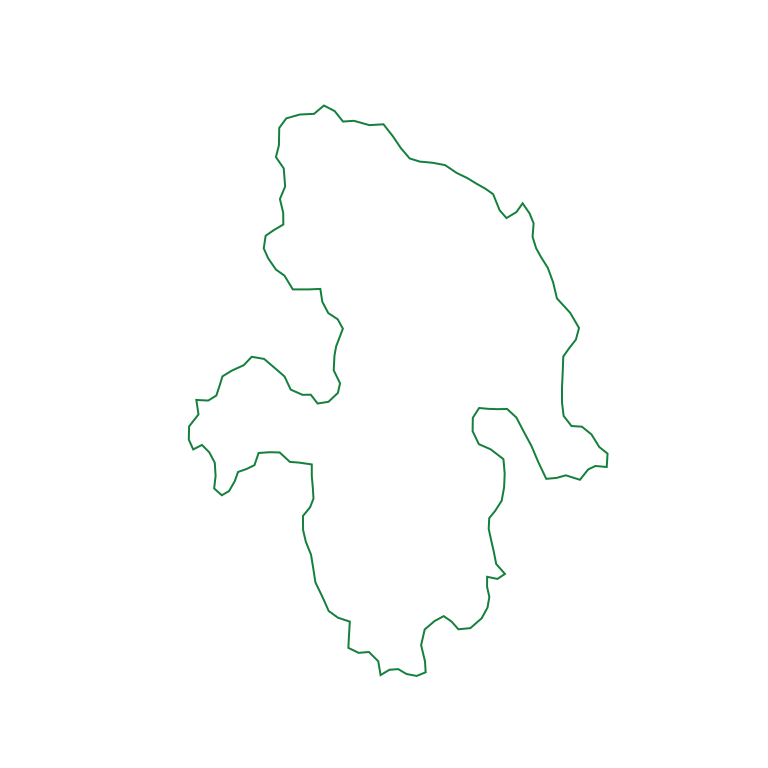 Amparo do Serra, Minas Gerais, Brazil, rotated 158°
{"feature_id": "56859067B23618411337621", "entity_name": "Amparo do Serra", "entity_type": "district", "adm_level": 2, "iso_a3": "BRA", "parent_name": "Brazil", "parent_adm1": "Minas Gerais", "projection": "equal_earth", "projection_center": [-42.798, -20.529], "detail": "fine", "context": "isolated", "style": "outline", "palette": "green", "viewbox_px": 768, "rotation_deg": 158, "n_neighbors": 0, "source": "geoboundaries", "source_scale": "gbopen_adm2", "svg_char_len": 2326}
<svg xmlns="http://www.w3.org/2000/svg" viewBox="0 0 768 768"><g transform="rotate(158 384 384)"><path d="M496.2,115.4L486.0,117.0L477.6,114.3L471.8,106.7L463.1,101.1L453.4,101.1L449.9,111.4L447.4,128.0L438.2,141.2L425.8,145.3L415.6,146.4L410.4,138.5L406.9,128.7L395.4,125.3L381.2,130.2L371.8,137.9L366.1,147.1L364.4,157.4L360.6,166.6L351.9,160.8L343.0,162.6L347.4,175.1L345.0,187.5L343.0,200.0L341.2,210.4L336.7,220.2L328.5,224.7L318.6,231.7L311.3,243.3L305.6,255.9L301.4,269.6L309.6,283.5L318.6,292.7L319.5,307.1L314.3,319.4L304.8,326.1L296.2,321.7L288.0,318.1L279.2,314.7L273.8,303.3L272.3,287.6L270.5,271.4L270.2,254.1L269.1,235.3L259.3,232.3L249.6,231.2L238.2,221.8L226.7,228.3L218.7,228.8L208.6,223.6L202.8,235.7L208.0,244.9L210.5,259.5L216.5,270.3L225.9,274.8L229.4,287.1L225.9,300.1L220.3,314.0L212.7,330.6L207.5,342.3L198.8,347.9L189.4,353.3L182.2,362.9L184.7,380.2L191.6,398.6L189.1,415.0L188.6,430.3L190.8,442.4L192.1,452.9L191.1,464.8L185.1,476.9L185.1,487.5L187.8,499.6L196.8,493.8L208.3,492.0L211.7,501.8L211.7,519.1L216.9,527.2L223.4,535.3L229.7,543.8L237.6,552.5L245.3,564.0L256.0,570.9L267.5,576.8L275.7,583.5L280.0,596.3L282.9,610.0L287.2,625.0L300.6,629.5L313.3,639.3L323.7,642.7L327.5,655.5L335.4,664.7L347.7,660.7L361.1,665.4L375.1,666.9L385.2,660.7L392.0,644.7L399.2,634.9L396.2,621.4L401.7,604.1L411.2,594.5L413.3,580.6L417.6,569.6L428.3,568.0L438.2,565.8L444.7,554.8L444.3,543.8L441.3,530.5L435.7,521.8L433.1,505.9L418.6,500.0L407.4,496.0L410.4,483.4L409.1,470.6L402.7,461.4L401.4,450.7L407.9,443.7L414.3,436.8L419.4,428.7L425.5,415.5L424.5,401.1L430.1,393.0L442.2,388.3L452.9,390.8L455.9,401.5L463.6,404.5L472.6,413.7L473.4,428.2L478.9,439.0L485.8,452.2L496.5,458.8L506.9,454.0L520.2,453.4L530.9,451.6L537.5,443.5L543.8,436.1L553.2,434.5L564.0,439.5L567.4,425.3L580.6,417.7L585.8,405.6L585.4,394.8L575.6,395.7L571.6,386.1L570.4,374.4L574.6,361.8L580.6,350.8L576.1,341.6L567.7,342.8L558.9,349.7L552.3,357.1L543.5,356.7L534.5,357.3L526.1,367.0L515.6,363.6L506.4,359.6L500.4,347.0L492.3,343.0L481.1,336.5L485.5,325.5L489.0,314.0L492.3,304.2L498.7,297.4L508.6,292.0L513.7,279.0L515.6,266.9L515.6,253.0L518.6,239.8L521.9,225.8L520.8,209.2L520.3,194.2L514.2,184.5L504.7,176.5L510.7,163.9L515.9,152.7L508.2,144.2L498.4,141.2L493.2,129.1L496.2,115.4Z" fill="none" stroke="#15803d" stroke-width="2"/></g></svg>